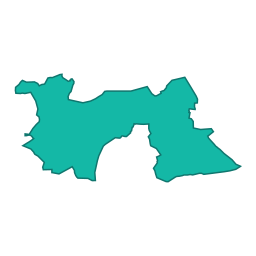 Albasu, Kano, Nigeria (orthographic projection)
{"feature_id": "59680162B46612932493253", "entity_name": "Albasu", "entity_type": "district", "adm_level": 2, "iso_a3": "NGA", "parent_name": "Nigeria", "parent_adm1": "Kano", "projection": "orthographic", "projection_center": [9.092, 11.645], "detail": "fine", "context": "isolated", "style": "filled", "palette": "teal", "viewbox_px": 256, "rotation_deg": 0, "n_neighbors": 0, "source": "geoboundaries", "source_scale": "gbopen_adm2", "svg_char_len": 2898}
<svg xmlns="http://www.w3.org/2000/svg" viewBox="0 0 256 256"><path d="M240.6,166.3L236.0,164.3L232.0,159.7L223.9,153.4L220.1,149.6L217.6,147.7L217.0,147.1L215.6,146.1L214.4,144.5L208.6,138.2L207.7,136.1L208.4,135.7L213.4,131.7L211.3,128.7L200.6,129.5L193.4,128.0L193.2,121.4L191.3,118.8L189.0,118.1L190.0,112.7L188.9,112.5L189.3,111.1L188.8,110.5L189.3,108.8L190.9,109.0L194.2,109.4L195.1,109.5L195.2,109.0L194.6,107.1L194.5,106.5L194.6,103.2L197.3,102.9L197.5,99.2L196.1,96.0L190.6,86.8L184.8,77.3L175.5,79.5L172.0,80.3L166.7,85.9L166.3,87.8L166.0,88.1L165.8,88.5L165.6,88.7L165.4,88.8L164.7,89.7L164.4,90.2L163.6,90.7L163.1,90.8L162.1,91.1L160.6,91.8L160.8,92.3L161.1,93.3L158.4,94.8L156.5,95.8L155.7,95.9L154.8,95.9L151.8,93.7L147.2,86.6L130.9,91.1L106.8,91.1L104.7,91.4L102.2,94.6L98.6,96.7L95.6,98.7L90.5,101.1L82.9,102.8L68.4,99.6L68.2,97.3L68.1,97.0L68.0,96.7L68.3,96.0L68.6,95.4L68.9,94.3L69.3,93.7L69.5,93.3L69.9,92.6L70.3,92.3L70.3,92.2L70.7,91.9L71.0,91.6L72.9,85.0L73.8,83.5L73.9,82.4L74.0,81.7L73.7,81.2L72.1,78.9L71.1,79.0L70.9,79.3L70.8,79.8L70.5,80.1L70.0,80.2L70.1,80.8L68.9,81.1L68.2,81.3L67.2,80.6L65.9,79.7L62.9,77.8L61.9,76.2L62.0,74.3L59.8,74.6L58.2,75.3L52.4,77.6L50.1,77.5L47.9,78.0L46.1,81.4L44.6,84.1L41.8,84.5L39.2,85.8L37.7,83.5L34.4,81.9L26.5,82.2L22.4,80.4L20.5,82.2L19.0,84.5L15.6,87.3L15.4,90.8L15.7,91.9L15.7,92.2L15.7,92.5L15.8,93.2L16.6,93.3L20.5,93.5L22.3,93.1L24.9,93.5L30.7,92.3L35.7,100.9L37.9,109.0L36.6,114.9L39.0,116.9L39.5,119.3L39.3,121.6L36.2,124.6L32.9,128.5L29.2,134.4L28.5,134.7L27.7,134.6L27.8,134.2L25.1,133.9L25.1,135.7L27.0,135.6L27.8,135.1L28.5,135.2L29.5,135.1L30.1,135.2L30.5,135.3L30.9,135.6L31.4,136.0L31.8,136.3L32.1,136.7L32.8,137.8L33.7,138.6L30.9,140.7L29.1,141.9L26.9,143.2L22.9,145.7L30.9,149.0L34.0,152.5L34.1,153.1L34.9,154.3L37.9,156.0L40.5,158.6L44.3,162.4L42.7,167.2L42.8,167.4L43.3,169.7L51.9,169.5L51.9,172.6L52.1,172.6L59.0,173.9L72.2,166.7L74.4,170.3L74.6,172.7L75.8,175.6L76.9,177.2L77.9,178.1L88.0,178.4L92.2,180.6L95.4,180.5L94.8,172.5L97.4,160.6L98.8,155.8L103.3,146.1L105.3,144.3L115.2,137.7L119.3,138.1L120.3,137.9L120.7,137.5L121.1,137.0L121.3,136.6L121.6,136.2L122.0,136.0L122.5,135.9L125.0,136.5L126.5,136.5L130.6,132.8L130.5,131.6L131.6,130.8L131.8,129.2L132.1,128.1L132.2,127.3L133.0,127.0L133.4,126.0L133.8,125.0L134.1,123.8L135.2,124.1L136.4,123.8L138.2,124.0L141.0,124.2L143.5,124.3L148.8,124.0L148.8,128.6L149.3,130.5L150.9,133.5L148.3,136.8L149.5,139.1L149.6,139.6L150.2,143.6L150.7,145.7L156.4,148.5L160.8,154.9L158.8,156.1L156.6,157.0L157.6,160.7L157.1,161.4L157.3,162.9L153.5,168.3L154.9,170.8L155.7,174.1L156.9,177.7L166.1,181.6L168.1,181.7L175.9,176.7L177.1,176.4L179.4,176.2L182.4,175.6L183.9,175.0L187.4,175.0L190.1,174.5L192.7,174.9L199.3,173.3L201.5,173.3L203.8,174.3L211.8,173.3L224.3,171.7L229.9,170.8L235.8,169.3L240.5,166.4L240.6,166.3Z" fill="#14b8a6" stroke="#0f766e" stroke-width="1.5"/></svg>